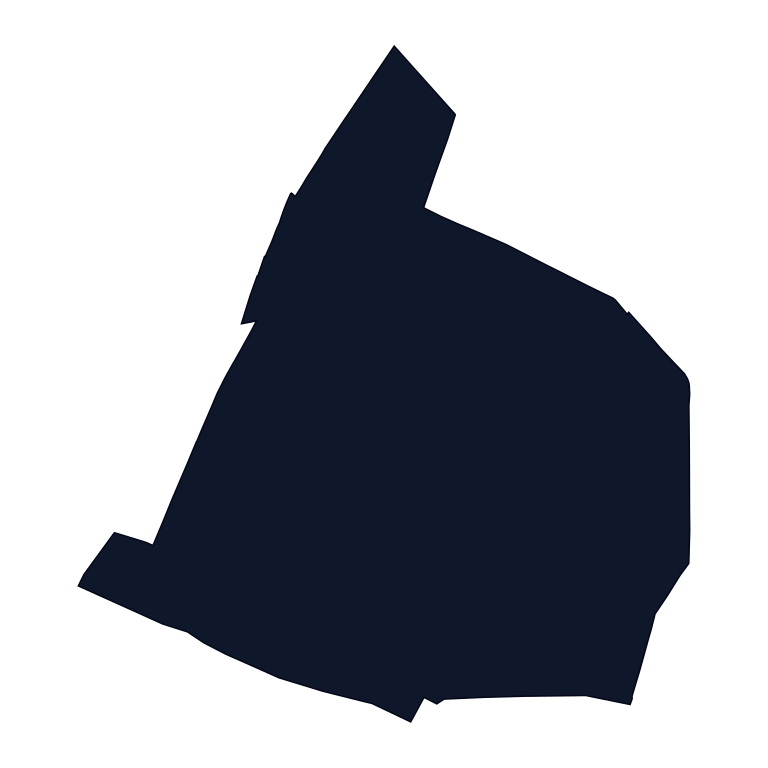 the district of Tlaltenango, Puebla, Mexico
{"feature_id": "50627088B74613922944869", "entity_name": "Tlaltenango", "entity_type": "district", "adm_level": 2, "iso_a3": "MEX", "parent_name": "Mexico", "parent_adm1": "Puebla", "projection": "albers", "projection_center": [-98.344, 19.163], "detail": "fine", "context": "isolated", "style": "filled", "palette": "ink", "viewbox_px": 768, "rotation_deg": 0, "n_neighbors": 0, "source": "geoboundaries", "source_scale": "gbopen_adm2", "svg_char_len": 1806}
<svg xmlns="http://www.w3.org/2000/svg" viewBox="0 0 768 768"><path d="M78.3,585.9L83.1,588.1L162.7,624.0L187.5,631.9L203.8,642.8L225.8,654.2L248.3,664.1L278.9,677.8L323.1,691.3L364.6,701.7L371.8,703.4L377.3,706.0L410.7,721.9L424.0,697.4L436.8,703.9L444.1,699.1L484.2,697.3L525.3,696.2L585.7,695.5L630.1,704.5L632.2,698.7L632.0,696.8L632.5,694.5L639.7,670.5L640.7,666.9L649.3,635.8L651.6,627.9L651.8,626.9L654.5,616.2L655.0,614.0L667.3,595.8L680.0,575.4L688.8,563.4L689.7,530.9L689.5,510.3L689.4,476.2L689.3,448.9L688.9,405.4L689.7,394.3L689.5,390.1L689.3,385.7L688.9,382.8L687.5,378.9L684.5,373.8L671.4,360.0L660.6,348.5L651.4,337.6L628.7,312.3L627.3,314.1L625.6,312.3L619.1,304.5L615.4,300.1L613.5,298.5L612.1,297.7L600.6,292.2L585.7,284.9L553.1,268.4L547.2,265.5L506.3,244.6L497.4,240.7L495.5,239.9L490.0,237.5L473.7,230.5L472.3,229.9L457.3,223.7L440.5,216.2L431.1,211.5L425.7,208.8L424.0,207.8L423.6,207.6L424.8,204.2L425.1,203.3L435.7,172.3L441.3,156.6L447.3,139.9L447.7,138.8L452.9,122.4L454.7,116.7L455.2,115.3L455.1,114.2L454.7,113.8L412.9,67.1L394.2,46.1L353.6,106.1L345.7,117.8L345.4,118.1L344.3,119.8L324.9,148.8L322.3,153.5L317.0,162.0L313.1,168.0L309.2,174.0L306.5,178.2L301.2,187.1L295.3,196.4L291.5,193.1L290.5,193.8L289.4,196.4L286.9,202.0L284.0,209.4L281.1,217.6L279.7,222.1L276.0,230.5L274.4,234.8L272.1,240.8L271.0,243.4L267.9,250.5L265.2,256.7L264.5,256.5L257.7,276.3L257.1,276.1L250.1,295.8L241.4,323.8L255.4,321.1L256.6,320.7L256.1,321.6L251.2,331.0L251.0,331.4L242.5,346.7L242.4,347.0L233.7,362.4L233.4,362.7L224.7,378.4L217.0,393.8L216.9,394.1L210.1,410.2L209.9,410.6L203.0,426.6L202.8,427.0L196.4,442.3L196.2,442.2L187.7,462.7L172.1,499.2L162.0,524.0L153.1,545.1L152.8,545.4L146.3,542.5L114.4,532.7L84.0,574.4L78.3,585.9Z" fill="#0f172a" stroke="#020617" stroke-width="1.5"/></svg>